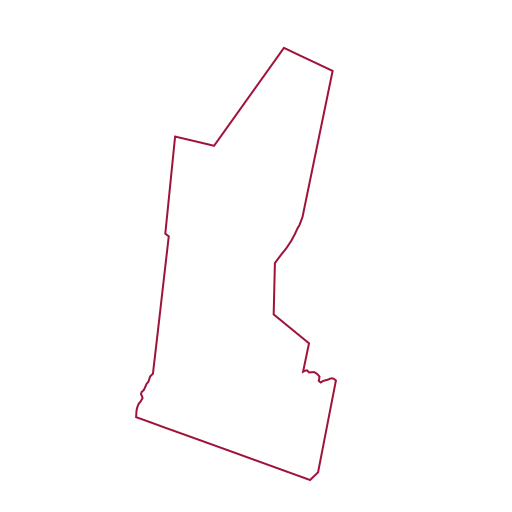 the district of Alvorada do Gurguéia, Piauí, Brazil, rotated 101°
{"feature_id": "56859067B91655037950210", "entity_name": "Alvorada do Gurguéia", "entity_type": "district", "adm_level": 2, "iso_a3": "BRA", "parent_name": "Brazil", "parent_adm1": "Piauí", "projection": "orthographic", "projection_center": [-43.876, -8.44], "detail": "fine", "context": "isolated", "style": "outline", "palette": "rose", "viewbox_px": 512, "rotation_deg": 101, "n_neighbors": 0, "source": "geoboundaries", "source_scale": "gbopen_adm2", "svg_char_len": 976}
<svg xmlns="http://www.w3.org/2000/svg" viewBox="0 0 512 512"><g transform="rotate(101 256 256)"><path d="M465.6,160.2L456.5,153.8L363.0,153.8L361.6,156.4L361.6,158.3L362.5,160.2L363.7,161.8L364.8,164.2L365.9,166.3L367.8,168.4L366.6,170.6L364.8,170.5L362.2,170.7L360.8,172.5L359.8,174.2L358.9,176.7L359.6,179.6L360.2,181.7L358.5,184.1L359.4,186.2L360.6,187.7L331.6,187.3L310.0,227.5L259.3,236.1L250.6,231.9L242.4,227.6L234.2,224.2L226.6,221.9L220.8,220.5L217.7,219.3L208.9,217.8L59.7,216.1L50.7,251.6L47.2,265.0L46.4,268.3L51.0,270.4L91.1,288.7L155.8,318.2L154.2,358.2L251.4,349.3L253.3,345.4L352.0,337.7L386.3,335.1L391.3,334.7L393.0,336.0L394.7,337.0L396.8,337.2L399.8,337.6L402.4,339.0L404.1,339.4L405.9,339.8L408.8,340.5L411.5,342.4L413.6,342.5L415.4,341.1L417.3,340.2L419.0,340.9L420.9,341.5L423.3,342.9L426.8,343.6L428.9,343.8L431.1,343.7L433.0,343.5L437.1,342.9L440.1,323.4L441.6,314.4L449.6,262.4L465.6,160.2Z" fill="none" stroke="#9f1239" stroke-width="2"/></g></svg>